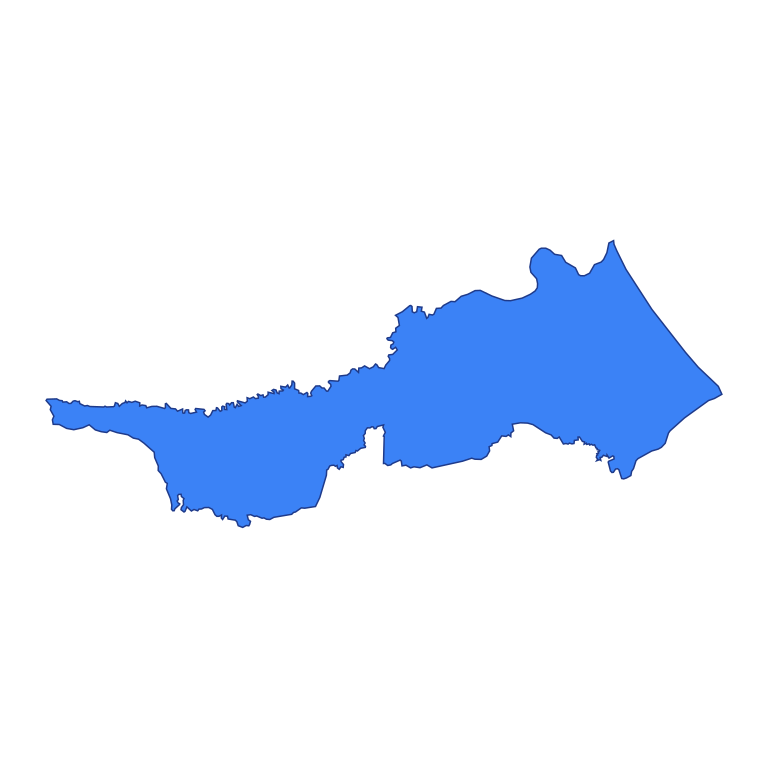 Gio Linh, Quảng Trị, Vietnam (Albers equal-area conic projection)
{"feature_id": "81297802B57271723433997", "entity_name": "Gio Linh", "entity_type": "district", "adm_level": 2, "iso_a3": "VNM", "parent_name": "Vietnam", "parent_adm1": "Quảng Trị", "projection": "albers", "projection_center": [106.934, 16.913], "detail": "fine", "context": "isolated", "style": "filled", "palette": "blue", "viewbox_px": 768, "rotation_deg": 0, "n_neighbors": 0, "source": "geoboundaries", "source_scale": "gbopen_adm2", "svg_char_len": 6104}
<svg xmlns="http://www.w3.org/2000/svg" viewBox="0 0 768 768"><path d="M601.8,457.3L603.4,455.3L606.8,456.4L607.0,454.9L609.0,458.1L612.7,455.9L613.8,456.4L614.1,458.9L608.6,461.3L608.2,462.1L610.5,471.0L611.9,472.5L613.4,472.3L615.5,469.1L617.5,468.7L618.9,469.7L621.7,478.5L623.7,478.9L626.4,478.0L630.9,475.5L631.6,471.4L633.5,468.6L636.0,460.7L638.0,458.6L651.7,451.0L658.2,449.1L661.4,447.3L665.2,443.3L668.5,433.0L670.1,430.8L684.5,417.9L708.6,400.5L714.4,398.5L721.9,394.3L718.3,386.3L698.2,367.2L685.5,352.4L651.9,309.4L626.0,269.4L616.9,251.0L614.0,244.3L613.6,240.6L608.9,243.0L606.9,252.7L603.6,259.5L601.1,262.1L594.5,264.6L589.6,273.2L584.3,275.8L580.5,275.7L578.6,274.6L575.4,267.9L565.7,262.3L561.6,255.5L554.6,254.3L550.1,250.2L545.8,248.2L541.3,248.2L539.2,249.2L531.4,258.2L529.9,267.0L530.9,272.3L536.6,278.7L537.6,283.7L537.3,287.8L535.1,291.0L530.3,294.3L522.2,298.1L510.5,300.7L504.8,300.5L491.9,296.0L480.3,290.4L475.1,290.6L467.8,294.3L461.2,296.3L455.0,301.7L451.0,301.4L443.4,305.5L441.0,308.1L436.4,308.4L433.9,314.2L432.4,315.0L429.1,314.3L427.9,317.4L426.7,318.4L424.4,312.1L421.3,311.2L422.0,307.2L417.5,306.7L416.7,311.7L414.2,312.8L412.3,311.8L412.0,306.5L410.8,305.5L409.7,305.7L402.4,311.7L395.5,315.3L398.0,317.5L399.4,325.5L395.7,328.2L395.9,331.8L392.7,332.8L390.5,337.4L387.3,337.9L386.9,338.7L388.1,340.1L392.4,340.7L393.8,342.1L393.2,343.8L390.9,345.1L390.6,347.5L391.3,348.6L392.7,349.3L395.6,347.3L397.3,349.9L392.7,354.4L388.8,354.9L388.2,356.3L389.6,358.6L389.6,360.5L385.8,365.0L384.1,368.6L378.6,367.6L376.9,364.8L375.5,364.0L373.3,366.8L369.5,368.7L364.6,365.9L361.5,367.9L358.8,368.1L358.5,372.4L354.8,369.0L352.6,368.9L351.0,370.1L350.1,372.9L347.2,375.1L339.5,376.0L338.9,380.4L338.0,381.2L329.9,380.6L328.5,381.4L328.5,382.5L330.7,384.3L331.0,386.3L327.8,391.2L326.5,391.1L324.1,388.0L322.0,388.0L319.7,385.9L315.8,386.0L311.5,391.2L310.7,393.1L311.8,395.7L310.7,396.3L307.6,396.6L307.8,393.5L306.9,392.5L303.3,394.6L300.9,393.1L299.0,393.1L298.6,390.5L294.6,388.8L294.6,383.1L293.2,381.2L292.1,381.1L291.8,384.9L289.7,388.0L289.1,388.0L287.7,385.0L285.6,387.1L280.8,386.3L281.0,388.7L283.4,390.1L282.8,390.9L279.2,391.1L279.0,393.7L277.2,392.9L276.0,390.0L273.6,389.4L271.9,390.5L274.1,392.2L274.0,393.6L268.1,392.2L268.1,394.7L265.3,397.1L263.6,397.2L263.0,394.9L260.8,395.6L257.9,394.0L257.2,394.6L258.4,396.5L258.3,398.2L255.4,398.6L253.4,397.0L249.8,398.7L247.1,397.7L247.3,401.3L245.1,402.9L237.5,400.8L237.3,401.7L241.2,405.6L238.6,406.4L237.1,404.3L235.3,407.7L234.3,407.2L233.3,402.7L231.5,402.7L229.7,405.0L228.7,403.6L226.9,403.3L226.1,404.3L226.8,409.6L224.5,409.4L224.6,406.7L222.7,406.1L221.8,406.9L221.8,410.5L220.2,411.3L217.5,407.9L216.5,407.7L215.9,410.5L212.8,410.6L210.6,415.1L208.1,417.1L204.4,414.4L203.6,412.1L205.1,410.8L204.0,409.4L195.7,408.5L195.1,409.5L196.5,412.1L190.6,413.5L188.8,412.7L188.5,409.9L186.6,409.8L185.2,410.4L184.6,413.0L183.4,413.2L182.8,412.9L182.6,409.0L177.5,411.2L175.5,408.9L170.9,408.4L166.3,403.4L165.4,403.8L165.4,407.6L164.6,408.5L156.9,406.3L151.9,406.4L146.7,407.8L145.8,405.6L142.0,405.0L139.7,406.0L139.8,402.8L135.2,401.2L131.8,402.4L128.5,401.4L127.0,402.8L125.6,400.9L125.0,402.5L122.3,403.5L119.3,406.3L117.8,403.5L115.4,402.7L114.4,406.1L113.4,406.7L106.7,407.0L105.0,406.2L103.8,407.0L89.9,406.5L87.4,405.5L84.7,406.0L79.8,403.6L79.3,401.3L77.9,401.7L75.0,400.7L73.2,401.1L70.9,403.4L69.0,403.5L66.7,401.8L62.9,402.1L62.2,400.7L59.5,400.4L56.7,398.9L47.0,399.2L46.1,400.5L51.1,406.3L50.3,409.7L53.9,416.2L52.4,419.8L53.2,424.3L59.3,424.5L66.6,428.4L73.8,429.7L82.9,427.7L89.2,424.8L95.3,429.9L101.2,431.7L106.8,432.5L109.8,430.2L117.0,432.6L128.0,434.8L133.3,438.1L138.6,439.2L143.9,443.1L154.2,452.2L154.7,457.6L158.3,466.0L158.2,470.5L161.1,473.7L165.4,482.2L167.3,483.4L166.4,488.8L170.5,498.7L171.8,505.0L171.5,509.3L172.8,510.8L174.2,510.7L174.9,508.8L179.6,504.5L179.7,503.7L178.3,503.1L177.1,501.0L178.3,499.6L177.6,495.6L178.7,494.4L181.1,494.3L181.4,496.5L184.0,498.6L183.2,500.4L183.5,504.7L181.4,507.6L181.0,509.7L184.0,512.0L185.0,511.4L186.9,506.9L191.4,511.0L194.0,509.5L197.7,510.8L199.0,509.1L201.5,509.0L204.4,507.6L208.8,507.5L212.4,509.4L215.0,514.7L216.8,516.3L219.0,516.3L221.5,515.0L221.3,518.0L222.6,519.5L224.8,516.1L227.5,516.2L228.1,519.0L235.4,520.2L236.9,521.8L238.2,525.7L242.7,527.4L246.2,525.5L248.8,525.8L249.6,524.5L250.5,521.3L248.3,519.7L247.2,515.2L250.8,514.7L254.5,516.4L256.7,516.0L262.0,518.2L264.0,517.9L266.4,519.2L269.8,519.5L273.9,517.3L291.7,514.3L293.6,512.4L295.5,512.0L301.3,507.9L304.7,508.2L315.5,506.5L319.8,497.5L326.4,475.3L326.7,470.0L328.0,469.3L329.7,466.0L331.4,465.4L333.9,465.2L335.4,466.3L337.1,465.5L337.4,467.9L339.2,469.3L341.0,466.8L343.2,467.4L343.5,464.5L341.1,461.6L341.0,460.3L343.3,459.6L344.1,457.3L346.0,456.9L346.0,454.8L348.9,455.6L350.6,453.5L355.2,452.5L356.0,450.5L357.4,451.0L360.7,448.3L365.3,447.4L365.5,446.3L364.1,444.9L365.1,443.0L363.6,440.5L364.3,438.4L363.4,435.6L365.2,433.5L365.3,430.7L367.4,427.8L370.0,427.9L371.9,426.7L373.5,427.1L374.2,428.7L376.0,428.6L377.3,426.5L383.6,424.9L382.9,427.3L385.3,432.3L383.4,436.1L384.2,436.6L383.5,463.5L384.9,463.4L387.7,465.5L390.8,464.9L392.4,463.5L400.1,460.1L401.3,461.1L402.0,465.9L406.0,465.2L410.6,467.9L414.0,466.8L420.0,467.7L426.9,464.9L432.0,467.9L462.5,461.2L471.7,458.2L474.9,459.2L481.2,459.4L486.7,456.1L489.6,450.9L489.1,446.7L491.9,445.5L492.1,443.6L497.7,442.1L501.7,435.9L506.1,436.4L508.4,434.9L510.8,436.6L510.9,433.0L513.6,430.8L512.3,424.2L520.4,422.8L527.6,423.1L533.0,424.6L545.6,432.8L551.1,434.9L554.0,438.1L557.3,438.4L559.2,437.0L563.4,444.0L566.0,443.5L568.1,444.1L569.4,443.1L571.9,443.9L574.0,443.5L574.4,440.4L578.2,439.9L578.0,437.1L579.5,437.0L582.4,441.4L584.5,441.9L584.1,444.2L586.3,443.2L586.7,444.4L589.2,443.9L589.7,445.0L591.4,444.3L593.0,445.2L594.6,444.8L596.0,447.9L597.2,448.5L597.1,449.6L599.7,450.4L599.0,451.7L598.1,451.8L598.5,453.2L596.9,453.7L597.7,454.9L596.7,455.3L596.3,457.4L597.7,459.1L596.7,460.7L599.5,459.7L600.8,460.4L600.1,457.5L601.8,457.3Z" fill="#3b82f6" stroke="#1e3a8a" stroke-width="1.5"/></svg>